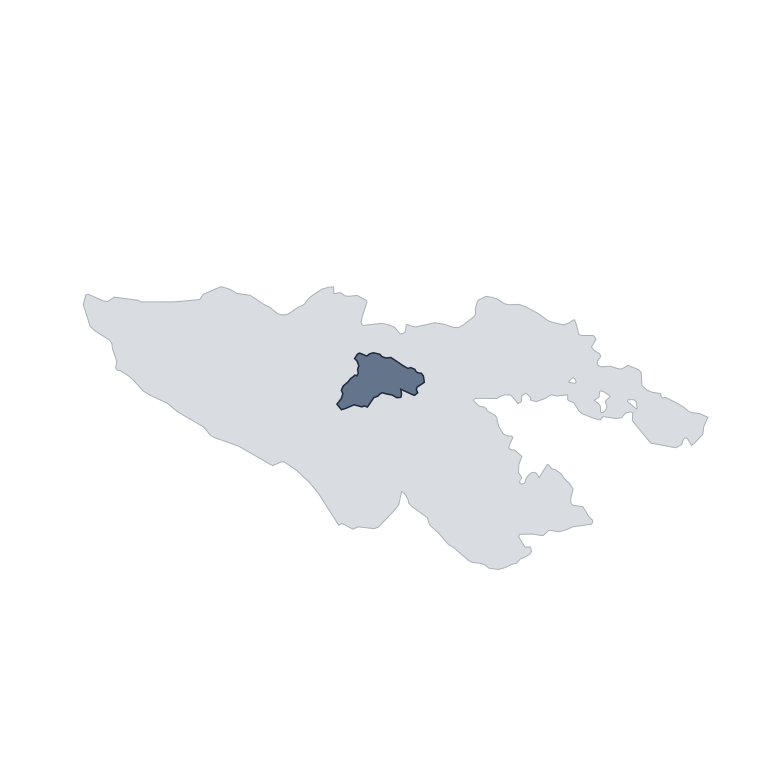 location of Ak-Talaa, Naryn, Kyrgyzstan, rotated 208°
{"feature_id": "92254566B17697144541552", "entity_name": "Ak-Talaa", "entity_type": "district", "adm_level": 2, "iso_a3": "KGZ", "parent_name": "Kyrgyzstan", "parent_adm1": "Naryn", "projection": "equal_earth", "projection_center": [74.786, 41.313], "detail": "fine", "context": "in_parent", "style": "filled", "palette": "slate", "viewbox_px": 768, "rotation_deg": 208, "n_neighbors": 0, "source": "geoboundaries", "source_scale": "gbopen_adm2", "svg_char_len": 4508}
<svg xmlns="http://www.w3.org/2000/svg" viewBox="0 0 768 768"><g transform="rotate(208 384 384)"><path d="M176.0,454.3L177.8,453.2L183.6,452.0L195.3,450.8L199.3,451.7L207.3,456.5L213.4,455.9L214.5,456.6L216.8,460.7L225.4,454.7L231.5,452.9L234.8,446.9L241.5,439.8L247.1,438.6L247.2,439.8L248.3,440.8L254.0,442.5L255.8,440.6L256.7,438.0L254.8,433.9L254.8,432.1L256.6,429.6L265.8,433.5L267.8,433.4L272.0,431.2L275.9,427.4L277.3,424.3L296.2,414.5L297.5,412.7L297.3,411.4L289.4,409.1L285.9,410.4L282.6,410.4L280.6,408.9L271.1,408.4L269.0,407.4L262.7,400.3L254.9,395.8L251.1,396.0L246.5,397.9L245.1,397.1L244.8,390.3L244.0,386.3L241.3,385.4L237.8,387.0L228.2,384.8L227.2,376.4L223.7,369.0L218.6,366.1L218.5,361.6L216.8,359.8L215.3,360.3L213.3,362.5L214.2,367.4L213.3,372.3L212.2,374.8L209.9,376.6L207.4,376.7L203.1,374.2L202.1,389.1L201.3,390.0L196.1,387.9L191.9,388.8L185.7,387.9L181.0,385.4L172.0,382.6L167.7,379.9L165.2,369.9L162.8,366.4L160.4,365.6L150.7,369.0L140.9,363.0L136.0,361.7L134.7,359.8L135.0,357.6L150.3,346.5L156.4,338.9L160.2,335.7L169.8,332.3L172.1,325.3L172.9,324.5L182.6,321.1L193.5,315.0L193.7,313.3L192.7,311.9L183.1,306.2L178.1,308.8L175.2,305.6L175.3,302.3L178.7,296.6L181.5,293.7L182.7,288.3L186.7,284.6L190.8,278.8L195.8,274.1L204.9,270.6L209.9,271.7L214.7,270.9L222.0,268.0L226.5,267.8L245.3,272.2L251.6,272.4L266.1,278.1L277.6,281.0L283.1,286.4L301.5,288.9L306.5,290.5L308.3,293.2L313.6,296.6L318.0,297.3L314.2,284.1L315.8,276.3L321.8,254.9L324.8,251.7L339.8,245.7L343.3,241.2L354.0,241.3L356.2,240.5L357.5,238.0L390.7,256.7L403.2,261.9L420.7,266.7L435.4,268.3L437.9,267.2L443.8,259.9L446.5,259.6L483.1,260.9L509.2,257.0L513.0,257.2L522.8,261.3L553.8,262.6L565.9,265.3L585.2,264.3L593.3,264.8L608.0,270.0L613.2,271.2L622.8,272.0L626.4,271.1L628.5,272.3L630.8,278.9L640.0,287.4L643.4,292.0L646.8,293.9L664.1,295.2L670.6,297.0L686.8,313.0L689.1,322.4L687.5,324.4L670.7,325.6L666.9,327.0L663.0,334.0L640.5,342.5L637.2,342.3L607.1,358.4L586.4,372.0L585.6,378.5L573.6,393.5L564.4,395.3L556.5,394.9L543.7,399.5L527.2,397.9L521.6,398.2L510.7,396.1L506.4,397.2L501.8,400.2L495.5,412.1L492.9,414.9L491.7,417.7L490.8,423.5L488.4,429.6L483.0,439.0L478.4,443.3L474.1,446.1L470.7,440.3L465.1,444.3L459.9,443.5L456.6,444.7L449.3,449.6L438.5,449.5L437.3,447.8L435.1,434.1L433.2,427.6L431.6,426.2L429.7,426.0L414.2,436.7L407.0,438.6L401.1,439.0L393.4,435.8L391.7,436.6L390.3,438.3L389.8,440.5L392.0,446.6L391.4,447.8L387.9,447.7L383.0,449.1L368.1,461.8L358.7,465.1L349.9,466.4L344.7,468.7L341.7,473.4L335.9,486.5L336.1,489.2L338.5,492.7L340.3,500.7L339.8,502.7L335.1,509.3L329.1,511.3L324.4,512.2L315.4,511.4L310.7,512.7L302.2,517.7L295.2,518.6L281.9,518.7L268.9,516.9L264.6,517.5L253.1,520.5L249.1,525.1L247.0,529.4L245.8,530.0L241.3,526.1L235.5,519.4L232.6,519.4L222.2,525.0L220.6,524.8L217.7,522.7L218.2,514.1L214.9,512.4L207.8,511.9L205.5,510.0L206.3,504.5L205.6,502.4L203.8,500.9L200.1,501.3L192.7,505.9L184.0,507.5L181.0,509.0L177.5,515.0L166.0,516.2L162.3,514.9L155.5,503.8L149.6,502.1L143.5,502.5L135.2,505.4L133.3,503.0L131.2,502.3L129.2,504.3L119.1,504.6L108.9,504.3L103.0,503.0L99.2,503.1L91.6,506.1L82.3,506.7L81.6,496.3L78.9,489.3L82.0,477.8L83.7,474.1L90.5,478.4L93.0,477.7L93.7,475.4L92.8,470.3L96.3,464.7L120.8,457.0L147.5,468.2L150.9,475.5L153.3,475.1L157.1,471.9L158.3,465.7L163.6,462.2L175.3,458.1L176.0,454.3ZM189.4,479.7L189.9,478.6L188.0,473.3L190.8,468.3L185.4,467.4L182.6,466.0L179.6,460.9L178.5,460.7L176.9,462.1L176.0,465.4L176.7,469.0L180.5,472.4L178.5,479.5L186.6,480.3L189.4,479.7ZM161.2,484.6L161.0,483.1L159.1,482.4L149.0,480.4L149.4,481.8L153.2,487.1L156.1,487.4L161.2,484.6ZM221.4,475.5L222.0,472.2L215.9,474.1L215.2,475.8L217.3,477.9L219.9,478.6L221.4,475.5Z" fill="#d9dde1" stroke="#a8b0b8" stroke-width="1"/><path d="M356.1,411.0L358.9,409.9L361.3,409.9L363.6,411.4L367.9,411.1L370.3,409.0L376.4,409.2L390.3,410.7L394.2,408.0L398.4,407.2L401.6,408.3L408.1,406.6L411.0,403.7L412.3,400.6L420.0,399.9L421.5,397.9L421.9,392.6L418.7,391.7L414.8,388.3L414.2,384.5L411.8,381.4L411.8,378.5L413.9,378.2L414.6,376.1L416.1,373.0L416.7,369.2L419.1,363.0L418.7,358.4L415.7,356.0L414.9,351.1L416.1,344.1L409.5,341.3L406.0,344.9L400.7,351.5L396.6,352.6L392.8,353.4L390.9,355.5L387.8,355.8L386.6,367.2L383.6,370.5L383.0,373.3L381.4,375.5L376.6,376.5L371.7,378.1L371.4,378.1L366.2,377.9L362.9,380.1L363.7,383.3L366.7,387.2L352.2,388.1L351.6,388.5L350.1,392.1L352.8,394.2L353.4,396.6L349.2,404.4L353.0,409.6L356.1,411.0Z" fill="#64748b" stroke="#1e293b" stroke-width="1.5"/></g></svg>